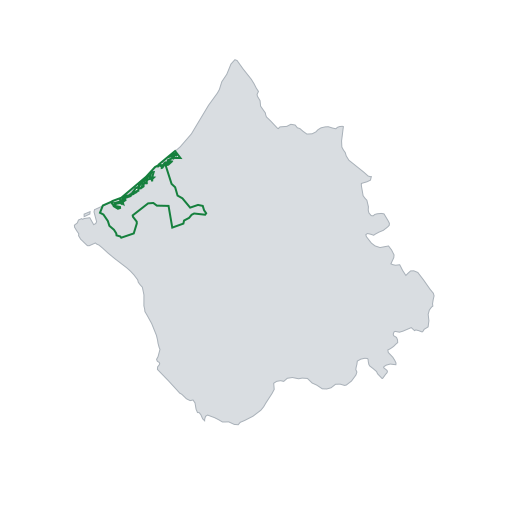 location of Lagunes within Ivory Coast, rotated 145°
{"feature_id": "CIV-3458", "entity_name": "Lagunes", "entity_type": "Department", "adm_level": 1, "iso_a3": "CIV", "parent_name": "Ivory Coast", "parent_adm1": "", "projection": "robinson", "projection_center": [-4.434, 5.74], "detail": "medium", "context": "in_parent", "style": "outline", "palette": "green", "viewbox_px": 512, "rotation_deg": 145, "n_neighbors": 0, "source": "natural_earth", "source_scale": "10m", "svg_char_len": 5534}
<svg xmlns="http://www.w3.org/2000/svg" viewBox="0 0 512 512"><g transform="rotate(145 256 256)"><path d="M139.9,113.5L141.4,113.5L145.0,112.3L148.4,109.5L151.5,103.8L155.7,99.2L160.4,99.5L161.8,98.7L163.5,98.5L165.5,101.5L167.5,103.8L168.9,103.9L169.9,108.3L178.5,110.1L182.2,111.3L185.3,114.5L186.4,114.6L187.7,113.9L188.7,112.8L188.9,111.6L187.6,108.7L188.2,106.1L189.6,103.8L191.8,103.6L195.2,103.0L199.0,103.0L201.9,103.4L203.0,101.1L202.0,94.6L202.2,91.0L202.7,88.0L203.8,86.7L208.0,90.5L211.9,91.9L214.7,92.0L215.5,91.3L214.3,87.1L214.7,85.9L215.7,85.2L217.5,84.8L222.5,83.1L223.0,83.4L224.0,89.9L223.5,92.1L224.6,96.5L225.9,100.6L225.8,102.3L224.7,104.9L223.4,107.2L223.6,108.2L225.5,109.8L229.3,111.4L233.3,111.8L235.5,109.4L237.8,107.4L239.4,105.7L239.9,103.1L242.4,101.2L249.5,98.8L256.1,98.5L257.7,99.2L260.6,102.8L264.4,105.3L270.1,105.0L274.3,106.5L277.9,109.2L280.3,115.4L282.9,119.8L284.1,126.2L288.2,129.5L291.5,131.0L295.9,135.6L300.5,137.9L305.2,137.4L307.4,139.8L311.0,141.5L314.5,141.6L317.6,136.3L321.7,134.2L332.1,130.0L336.2,128.1L340.4,126.9L350.4,126.5L359.7,127.8L364.3,128.8L367.4,128.0L370.4,130.5L373.5,135.8L376.1,137.5L378.7,139.3L380.6,143.5L382.8,147.6L384.1,149.4L386.9,153.5L389.3,153.6L391.6,151.8L392.6,150.5L393.1,153.2L392.2,157.6L392.4,160.3L393.7,161.3L393.0,164.8L390.2,170.7L390.2,174.2L392.9,175.3L394.9,179.0L396.1,185.3L397.2,187.5L397.3,188.8L399.3,204.1L401.8,219.6L400.2,221.6L398.1,222.2L396.7,222.9L396.3,224.3L397.2,226.4L396.7,228.4L394.0,229.7L388.2,234.6L387.8,236.6L386.3,240.7L385.0,243.3L383.1,248.0L380.2,260.5L379.1,270.9L378.9,274.1L377.7,276.3L376.4,279.5L370.1,288.4L367.0,295.6L367.4,298.8L367.5,302.0L366.6,304.3L366.8,310.4L367.5,315.5L368.7,320.6L373.2,334.8L375.6,343.5L377.1,350.4L378.4,355.1L379.6,357.0L380.1,358.8L386.8,360.1L388.2,361.2L390.0,370.3L389.7,374.4L388.4,375.9L388.4,379.4L388.1,383.7L387.1,385.4L383.3,385.6L380.8,387.3L377.4,386.6L377.1,385.6L375.2,385.2L370.2,382.7L371.0,374.8L368.7,374.5L366.9,375.5L363.4,385.0L361.7,386.6L336.6,381.8L331.2,377.8L324.7,376.9L313.3,377.4L304.0,378.5L301.3,380.9L324.9,379.5L327.5,379.8L328.6,381.2L298.8,384.4L287.4,386.2L284.0,385.7L281.4,382.7L269.0,382.3L266.5,383.3L265.0,385.5L269.8,385.1L277.5,384.9L279.6,386.6L255.5,388.9L238.8,393.1L231.7,396.3L208.4,406.7L194.2,411.6L190.5,413.4L184.0,418.4L175.7,421.6L166.4,427.6L160.7,428.9L159.4,427.0L159.3,416.9L158.5,403.4L158.8,398.3L159.5,393.4L159.6,389.4L162.4,387.8L163.2,386.1L163.6,380.9L166.3,376.1L166.3,367.8L167.1,366.1L167.7,363.9L166.6,358.4L165.1,348.1L164.4,347.4L163.8,347.8L162.3,348.0L156.4,344.5L151.9,343.9L148.8,340.8L148.6,337.3L147.0,335.3L146.0,331.3L144.4,326.7L139.9,323.9L135.8,323.3L132.8,323.9L129.3,323.7L125.3,322.1L122.6,320.4L120.0,317.0L117.6,314.4L115.6,314.7L113.3,314.1L111.0,312.8L110.2,311.9L119.9,301.2L123.2,296.0L123.6,292.8L123.6,289.5L124.7,286.2L125.0,281.2L119.6,262.8L118.3,257.2L116.9,255.5L116.0,254.9L118.7,252.5L122.4,253.1L128.1,255.0L129.4,253.1L133.7,243.9L133.6,240.5L133.2,238.1L135.7,231.8L137.7,229.3L138.8,226.6L138.5,223.0L137.0,221.7L134.9,221.9L132.6,221.1L128.9,219.0L127.0,217.1L127.6,208.8L128.0,206.2L129.3,204.7L131.3,204.3L137.0,204.0L141.5,205.0L145.6,205.5L147.7,205.5L149.5,208.0L151.8,210.5L153.8,210.5L154.5,208.6L154.1,200.4L152.7,196.0L149.6,191.8L141.7,188.2L141.5,183.2L142.3,177.7L144.0,175.7L150.0,172.2L148.9,170.4L147.0,168.4L143.3,166.4L144.2,159.9L144.4,154.1L141.2,154.7L137.9,155.1L135.2,153.3L132.9,149.7L132.5,140.0L132.5,128.8L132.1,123.8L133.0,121.2L135.8,118.7L138.8,115.6L139.9,113.5ZM374.2,386.8L372.8,388.9L366.5,387.5L368.0,385.7L374.2,386.8Z" fill="#d9dde1" stroke="#a8b0b8" stroke-width="1"/><path d="M352.5,385.2L343.9,383.5L343.8,380.8L342.1,383.4L331.1,380.5L330.3,379.3L332.2,379.5L333.6,378.2L335.1,379.7L335.2,378.2L341.2,380.4L340.9,379.3L343.4,379.3L344.0,378.4L342.0,373.9L339.8,373.3L339.3,374.2L343.1,378.2L342.7,378.9L340.2,378.9L336.8,377.3L336.2,376.0L335.6,376.7L334.9,374.8L334.2,376.6L330.0,376.7L333.3,377.8L331.0,379.1L324.4,377.0L322.8,377.8L320.8,377.0L318.9,378.3L318.2,378.2L318.5,377.0L317.3,376.8L316.2,377.5L315.0,376.9L313.6,378.9L311.6,377.5L310.1,378.5L310.0,377.5L308.2,377.5L307.4,378.9L308.7,379.7L304.4,379.3L303.4,377.5L303.7,379.3L301.1,380.8L299.2,380.2L297.5,381.2L296.2,380.0L298.5,380.0L297.5,378.9L298.2,376.7L296.8,378.6L294.6,378.9L295.9,380.0L291.7,383.4L293.8,384.5L296.7,382.3L297.5,383.0L301.3,382.3L303.6,383.0L304.8,382.6L303.1,381.9L305.1,381.2L305.4,381.9L310.7,380.8L310.9,381.6L312.0,380.0L315.8,380.5L321.6,378.5L327.5,378.4L329.0,378.9L327.1,379.3L330.6,381.2L300.7,383.9L287.7,386.8L283.4,386.3L284.0,385.6L282.7,385.7L282.1,383.0L282.7,382.2L282.1,382.0L277.2,383.8L275.0,382.2L272.0,382.3L271.4,381.6L275.5,381.1L277.5,382.0L278.3,381.2L283.8,363.5L282.8,358.7L285.6,350.5L283.2,345.5L282.2,333.4L274.2,331.1L270.9,327.6L272.3,323.2L272.3,319.6L274.0,319.0L282.3,326.3L285.1,326.7L288.9,325.6L294.6,326.3L296.9,324.2L308.3,327.3L298.9,347.2L308.3,354.1L309.7,358.3L314.2,361.0L333.7,360.0L334.3,358.7L334.0,352.6L335.0,351.0L343.2,344.6L355.9,348.3L356.0,349.9L358.4,352.9L357.5,354.7L357.3,359.0L358.8,364.8L357.3,369.6L357.2,377.5L359.0,380.9L352.5,385.2ZM267.0,383.4L268.3,383.0L266.4,384.9L266.4,383.8L265.4,386.8L263.8,384.1L262.7,384.5L263.5,386.0L265.4,387.0L267.8,387.3L269.7,386.8L266.4,385.6L269.0,384.1L273.1,385.0L273.9,384.1L273.0,384.3L271.6,382.6L273.9,382.8L276.8,384.7L281.0,383.8L282.4,386.8L262.1,388.4L261.7,379.6L267.0,383.4Z" fill="none" stroke="#15803d" stroke-width="2"/></g></svg>